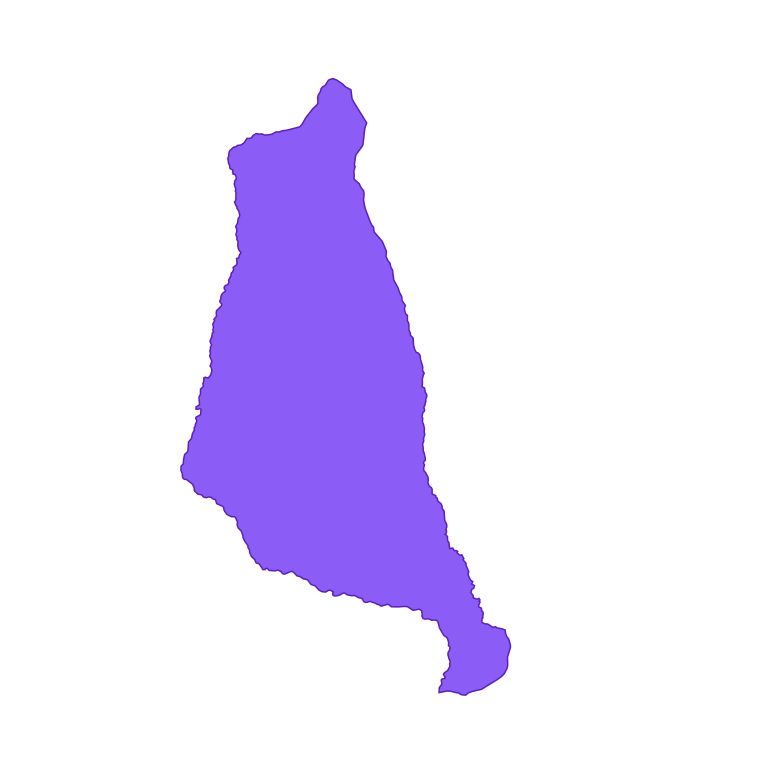 the district of Santa Rita do Pardo, Mato Grosso do Sul, Brazil, rotated 31°
{"feature_id": "56859067B17478005205840", "entity_name": "Santa Rita do Pardo", "entity_type": "district", "adm_level": 2, "iso_a3": "BRA", "parent_name": "Brazil", "parent_adm1": "Mato Grosso do Sul", "projection": "orthographic", "projection_center": [-52.737, -21.229], "detail": "fine", "context": "isolated", "style": "filled", "palette": "violet", "viewbox_px": 768, "rotation_deg": 31, "n_neighbors": 0, "source": "geoboundaries", "source_scale": "gbopen_adm2", "svg_char_len": 6170}
<svg xmlns="http://www.w3.org/2000/svg" viewBox="0 0 768 768"><g transform="rotate(31 384 384)"><path d="M614.6,532.5L611.4,533.0L606.1,535.0L604.8,534.5L602.5,536.5L596.4,536.3L595.0,537.3L590.7,538.1L589.0,534.9L589.2,533.4L588.0,531.8L587.6,530.2L586.3,528.5L584.4,528.0L583.5,526.6L582.4,525.9L580.3,526.3L579.2,525.2L578.7,521.5L577.5,521.3L577.5,519.7L575.9,518.9L574.7,520.5L570.6,521.3L569.2,519.3L565.7,517.9L565.1,514.4L566.2,513.0L565.4,510.2L562.1,510.3L561.9,507.7L559.2,507.5L555.1,504.8L553.8,503.1L553.3,501.2L547.8,497.2L546.6,495.4L542.3,493.9L542.4,492.6L538.7,490.3L537.1,491.8L533.5,491.0L533.3,489.5L531.6,489.6L530.2,490.7L527.4,489.2L525.1,491.2L521.2,486.3L519.8,485.9L518.8,484.9L517.0,482.1L515.2,481.4L513.8,481.5L514.1,479.8L513.6,478.2L511.5,475.8L511.6,474.5L510.1,472.1L506.4,469.7L500.9,461.9L497.8,460.7L497.0,459.0L494.4,457.2L490.5,456.6L488.3,454.4L486.7,454.2L485.7,453.0L481.9,453.5L479.4,449.3L478.1,448.5L475.1,448.0L472.3,445.9L471.6,443.6L469.7,441.2L465.3,438.5L462.7,437.7L461.3,435.6L460.3,432.4L458.6,431.5L458.2,429.6L458.7,428.1L457.9,426.8L454.1,422.6L451.8,420.9L451.0,419.2L448.0,415.5L447.6,412.7L446.0,410.3L444.9,406.3L442.9,404.0L441.6,401.4L438.8,398.4L436.4,396.6L434.8,393.3L433.5,392.6L432.1,388.6L432.6,386.8L432.1,385.2L430.6,383.9L430.0,382.7L430.0,380.9L429.2,379.4L429.1,377.9L427.6,375.5L427.0,372.3L425.9,371.0L423.6,369.8L420.7,366.5L418.0,366.7L416.5,363.4L414.3,360.0L413.0,355.7L413.0,354.1L410.2,352.6L408.3,349.3L402.7,344.2L400.8,341.6L399.6,340.5L397.0,339.8L395.5,340.3L392.6,338.6L389.2,335.3L385.3,329.6L381.2,328.4L380.8,327.2L377.4,324.7L374.3,319.6L371.4,317.6L368.7,313.1L367.1,312.9L365.8,312.2L363.5,309.9L362.6,308.7L361.8,305.6L356.4,303.1L354.2,299.9L350.0,297.4L346.6,294.4L338.8,289.8L332.7,282.0L330.0,280.6L326.9,277.3L324.1,276.4L320.0,273.6L317.8,269.1L316.0,267.7L309.0,262.6L297.4,258.8L293.9,254.7L292.3,254.4L289.1,252.4L279.0,244.5L275.1,240.8L271.6,236.6L268.9,231.1L266.7,228.7L262.5,227.2L259.8,225.1L253.1,223.9L251.9,222.5L251.3,220.9L248.6,217.2L247.2,212.3L246.1,211.8L245.2,210.2L242.3,203.4L241.9,201.6L242.9,191.5L242.6,189.5L235.8,174.5L234.7,169.1L212.5,157.7L209.5,155.7L204.1,148.8L198.1,149.2L194.1,148.2L186.9,147.8L182.9,148.5L180.6,151.1L179.9,152.4L179.8,158.5L178.3,160.9L178.0,163.4L178.9,166.2L178.8,169.9L179.6,172.6L182.6,177.1L182.8,178.8L181.2,184.7L179.8,195.9L180.0,203.8L179.3,207.0L170.1,216.4L166.4,219.3L164.2,222.1L161.7,223.4L159.2,227.6L156.6,230.0L153.6,232.0L150.6,232.5L148.6,233.9L145.5,235.2L143.8,238.2L143.5,241.4L142.3,242.7L140.1,244.0L139.8,249.6L138.2,252.9L135.5,255.0L134.8,257.1L133.2,258.3L131.7,263.0L131.8,265.1L133.4,268.4L133.9,271.0L137.3,275.1L138.7,275.8L141.0,278.6L144.4,278.5L145.1,280.3L146.5,281.8L148.3,281.2L149.9,282.0L151.2,283.3L151.7,284.7L151.5,287.3L152.4,288.2L152.5,289.6L156.6,293.3L157.1,295.1L158.3,295.8L161.9,301.9L162.3,303.6L162.2,305.1L165.0,307.2L166.5,307.6L167.5,309.2L170.4,310.5L173.4,313.5L174.1,315.8L173.8,317.2L175.6,321.6L175.8,325.4L178.3,327.4L179.2,328.9L180.1,332.3L182.5,334.0L183.5,336.0L185.6,337.1L187.1,340.3L189.2,342.8L191.6,344.4L193.1,344.6L193.9,345.7L193.5,347.3L194.5,350.9L193.0,352.3L196.0,356.5L196.1,358.3L194.6,361.7L195.9,363.1L196.3,364.6L196.5,365.9L196.0,367.2L196.2,368.5L197.0,369.6L197.4,375.3L198.6,376.4L198.9,378.4L198.5,380.0L197.3,381.3L197.1,382.7L197.4,383.9L198.4,384.9L200.0,385.3L200.1,386.5L198.8,389.6L199.0,392.5L200.5,395.6L200.4,397.3L201.5,398.4L203.7,398.9L204.4,400.6L202.7,407.5L203.5,409.4L205.5,412.1L204.9,416.1L206.1,416.8L206.4,420.9L208.6,423.2L209.5,425.9L211.1,427.3L210.6,428.8L212.0,431.9L212.8,437.0L216.1,439.4L216.3,442.1L217.4,443.5L217.6,445.2L219.8,447.6L219.8,448.9L220.5,450.1L224.7,453.1L225.7,458.2L227.2,458.7L229.7,461.2L230.8,466.0L230.2,469.4L227.2,470.3L226.4,471.5L228.2,474.7L228.5,476.9L230.5,479.1L229.3,482.8L232.0,487.5L232.1,490.4L236.6,496.9L234.7,500.4L235.8,502.4L237.2,501.7L239.0,499.9L240.2,500.0L242.2,504.0L242.3,505.5L240.0,509.1L240.3,510.4L242.0,511.5L242.8,512.8L243.1,515.8L244.0,517.5L243.8,519.2L245.1,521.1L245.4,525.4L247.0,529.7L246.3,534.3L250.4,542.4L250.4,543.8L249.4,547.1L251.3,552.5L253.0,555.7L252.4,559.0L254.4,562.6L257.1,564.6L259.3,567.6L260.4,568.4L262.2,568.4L263.9,567.6L271.2,568.4L274.8,570.7L276.4,573.2L281.3,574.3L284.2,573.1L285.7,573.1L287.1,573.8L288.5,573.6L290.4,572.9L291.7,571.1L294.1,570.2L296.8,570.6L299.0,569.9L302.2,572.7L308.1,572.0L310.0,572.3L312.2,574.8L316.4,576.7L321.3,576.4L323.9,575.0L325.2,574.8L329.9,578.1L330.2,579.8L331.7,581.4L333.5,582.6L337.2,583.5L341.1,586.6L342.3,588.2L345.0,590.1L350.8,592.8L351.6,594.2L354.5,595.8L355.4,597.4L359.1,600.1L363.9,601.2L365.8,602.9L367.5,603.1L369.3,602.5L370.9,603.0L375.9,605.5L377.7,604.3L377.7,603.0L379.0,602.2L381.7,602.9L386.8,600.3L389.1,598.1L392.2,597.9L394.9,598.8L396.6,598.3L400.8,592.6L402.2,591.9L404.2,592.1L408.1,593.3L411.2,592.3L415.0,592.6L419.3,591.2L424.6,593.4L429.1,592.5L434.4,594.1L437.7,594.0L441.2,592.4L442.7,589.5L443.6,588.7L445.6,588.3L447.6,588.3L447.8,590.0L449.1,591.3L450.7,591.2L452.8,589.8L455.2,587.1L456.4,584.6L457.5,583.6L461.2,583.6L465.0,582.3L467.8,580.4L472.7,580.2L474.1,579.4L475.6,579.2L478.8,580.9L480.4,580.8L481.9,579.9L484.2,577.3L486.1,577.3L488.2,576.5L492.0,576.3L493.5,575.7L495.4,576.0L496.5,575.4L500.3,571.2L502.0,570.6L505.0,571.2L511.2,567.6L516.1,564.1L518.9,562.8L525.6,563.0L530.1,558.9L533.1,559.0L535.5,562.0L536.1,563.5L538.1,564.8L539.5,564.7L543.5,562.2L546.4,562.0L549.2,560.1L550.7,559.6L552.4,559.8L557.3,564.6L564.0,568.3L565.3,568.8L568.2,568.8L569.7,569.7L572.5,572.2L574.0,575.1L576.2,575.5L577.3,578.8L577.2,581.1L578.3,583.2L581.2,586.0L583.8,587.9L584.4,590.1L585.9,591.8L586.1,597.0L584.5,600.3L584.5,602.4L587.1,603.7L587.9,605.0L585.7,607.0L585.5,608.3L588.1,611.3L587.8,615.9L590.2,620.2L596.0,614.8L599.3,613.0L605.0,611.4L606.4,610.4L610.4,610.5L614.0,608.8L614.7,607.7L615.2,605.7L617.8,602.3L624.8,595.5L633.3,579.1L635.6,573.6L636.3,570.0L635.9,564.2L634.9,561.4L630.5,554.5L628.1,544.7L626.7,542.5L622.3,538.4L619.0,537.1L616.1,534.6L614.6,532.5Z" fill="#8b5cf6" stroke="#5b21b6" stroke-width="1.5"/></g></svg>